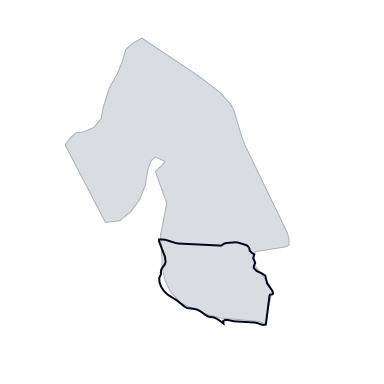 Obock highlighted on a map of Djibouti, rotated 127°
{"feature_id": "DJI-1570", "entity_name": "Obock", "entity_type": "Region", "adm_level": 1, "iso_a3": "DJI", "parent_name": "Djibouti", "parent_adm1": "", "projection": "equal_earth", "projection_center": [43.052, 12.273], "detail": "fine", "context": "in_parent", "style": "outline", "palette": "ink", "viewbox_px": 384, "rotation_deg": 127, "n_neighbors": 0, "source": "natural_earth", "source_scale": "10m", "svg_char_len": 1733}
<svg xmlns="http://www.w3.org/2000/svg" viewBox="0 0 384 384"><g transform="rotate(127 192 192)"><path d="M268.4,242.9L258.3,264.0L245.4,291.0L230.7,321.6L221.5,321.8L214.3,320.1L209.5,314.9L199.4,309.2L188.0,308.8L177.2,314.1L158.9,320.7L142.3,322.8L128.9,326.5L117.9,330.8L107.9,328.5L99.3,324.6L97.4,292.0L95.4,256.6L95.7,228.9L98.8,213.7L101.5,207.8L117.1,186.7L122.6,178.1L140.5,143.3L155.8,113.5L167.3,91.2L170.8,86.8L175.6,82.6L179.0,83.8L201.3,105.3L205.2,104.7L212.6,98.0L219.4,75.0L224.1,66.7L226.1,66.9L240.4,60.5L253.3,53.2L255.0,60.7L274.5,91.6L280.9,106.8L287.5,134.6L284.1,150.0L279.0,160.1L271.5,169.2L245.3,191.2L216.3,205.3L197.7,233.5L183.9,231.6L186.0,242.2L191.1,243.4L199.2,241.4L215.2,233.2L229.4,229.3L244.7,229.0L258.6,232.5L268.4,242.9Z" fill="#d9dde1" stroke="#a8b0b8" stroke-width="1"/><path d="M226.9,67.8L228.1,67.7L253.4,53.3L255.3,55.0L256.4,57.8L257.3,60.9L258.6,63.5L270.0,80.7L272.7,86.5L274.4,88.7L276.2,89.4L278.1,87.7L278.1,93.2L278.3,95.8L278.9,98.5L279.8,100.6L280.9,102.3L281.7,104.3L282.1,107.0L282.2,113.0L282.6,116.2L283.3,118.4L287.7,126.4L288.0,129.1L287.7,138.2L288.6,150.0L287.9,155.1L286.2,159.7L283.7,163.6L280.6,166.3L279.7,166.6L276.5,167.3L273.4,169.5L271.0,170.1L266.0,170.2L263.8,171.0L260.0,174.6L251.1,188.8L250.4,189.3L249.7,189.7L247.0,186.0L246.0,184.0L242.7,174.6L241.3,171.8L217.3,136.5L214.3,135.4L213.1,134.7L212.0,133.8L206.2,127.3L205.4,126.0L204.7,124.8L202.0,117.4L201.7,116.2L201.7,115.0L201.9,113.9L202.2,112.9L202.7,112.1L204.2,110.4L204.6,107.3L204.3,104.7L208.0,103.4L209.6,100.3L210.6,98.9L214.0,98.0L215.5,97.0L216.2,92.8L215.1,87.9L214.7,83.2L219.8,76.9L222.5,68.4L224.4,66.1L225.5,66.3L226.9,67.8Z" fill="none" stroke="#020617" stroke-width="2"/></g></svg>